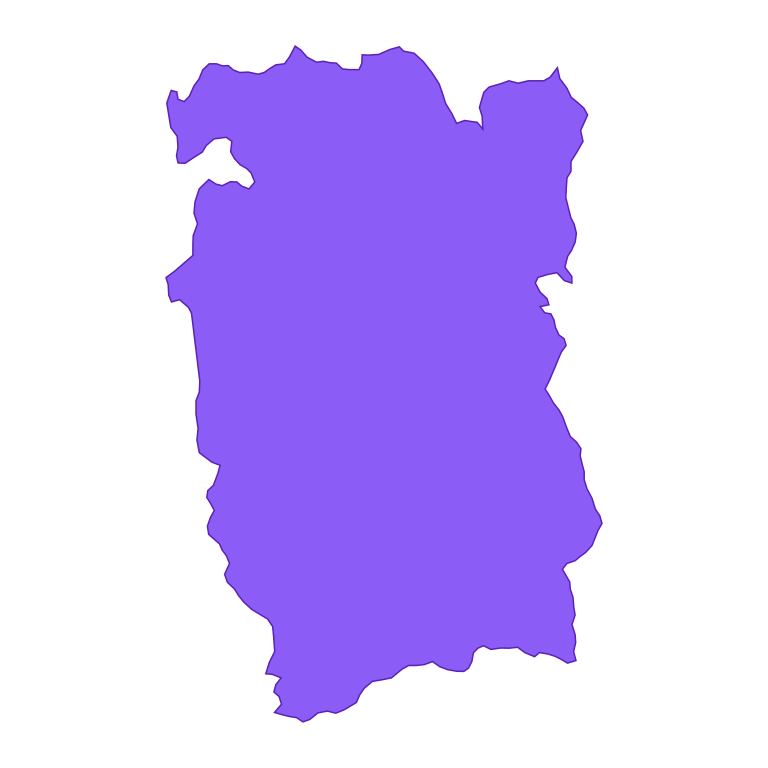 Porto Feliz, São Paulo, Brazil (Natural Earth projection)
{"feature_id": "56859067B51495796680822", "entity_name": "Porto Feliz", "entity_type": "district", "adm_level": 2, "iso_a3": "BRA", "parent_name": "Brazil", "parent_adm1": "São Paulo", "projection": "natural_earth1", "projection_center": [-47.516, -23.238], "detail": "fine", "context": "isolated", "style": "filled", "palette": "violet", "viewbox_px": 768, "rotation_deg": 0, "n_neighbors": 0, "source": "geoboundaries", "source_scale": "gbopen_adm2", "svg_char_len": 3304}
<svg xmlns="http://www.w3.org/2000/svg" viewBox="0 0 768 768"><path d="M265.8,673.8L272.2,674.3L281.1,677.9L275.8,684.7L273.9,692.0L279.1,696.6L281.5,704.2L274.5,712.5L282.1,714.7L289.9,716.6L296.6,717.6L303.0,721.9L309.9,719.4L317.9,712.9L327.4,711.1L335.8,713.2L343.7,710.0L349.7,706.5L356.4,702.5L359.7,694.9L364.2,688.3L372.4,681.4L382.4,679.7L391.5,677.9L402.0,669.2L408.6,665.5L416.2,665.5L424.3,664.6L432.5,661.6L439.8,666.7L447.5,669.6L456.9,671.3L463.9,671.4L468.5,668.1L471.8,661.7L473.5,652.6L477.9,648.2L483.5,645.7L490.8,649.4L500.8,648.0L508.8,648.2L517.7,647.3L524.8,652.6L534.6,656.7L539.4,652.6L547.9,654.0L555.1,656.3L560.9,659.2L567.5,663.1L576.0,660.6L573.6,651.6L575.7,642.6L575.1,634.6L572.0,624.5L575.1,615.1L573.8,607.2L573.0,597.3L570.3,589.2L569.7,581.9L562.4,569.2L566.9,563.5L575.1,560.7L579.9,556.6L585.7,552.4L592.0,545.5L598.1,530.3L602.0,523.5L599.8,515.8L595.4,509.1L592.0,498.2L587.1,489.1L584.2,479.8L584.2,471.8L582.1,463.9L580.2,455.9L580.9,448.7L576.7,442.3L570.3,436.5L566.7,427.8L562.8,417.0L559.1,410.2L553.4,402.9L548.5,394.2L545.1,389.1L549.7,379.8L552.8,372.3L555.5,366.1L558.2,359.3L561.3,352.1L566.1,345.5L564.0,338.6L559.0,335.1L555.5,327.5L554.0,320.0L550.9,313.9L544.7,312.8L540.1,306.6L548.9,304.8L547.0,298.6L540.1,292.1L535.3,283.1L538.0,277.4L547.6,274.5L557.0,272.7L564.3,280.6L571.9,283.1L571.8,276.4L564.9,267.2L567.6,256.4L571.5,250.4L575.2,242.1L576.4,233.3L574.2,224.3L570.9,217.9L568.2,207.3L565.8,197.6L566.4,186.4L567.0,177.8L571.0,171.3L571.0,161.5L577.3,151.4L583.0,141.3L580.6,130.6L587.6,115.0L583.9,108.2L577.3,102.3L571.2,97.3L567.0,88.3L559.8,78.6L557.4,67.7L550.1,77.2L543.8,80.8L538.0,80.8L528.3,80.8L518.1,83.2L508.9,80.8L501.1,83.6L489.0,87.1L483.8,92.3L479.4,107.5L482.1,116.1L482.8,129.0L477.2,122.3L464.6,120.5L456.6,123.3L451.8,113.6L445.6,103.4L442.7,94.0L439.2,84.0L435.5,78.1L431.5,72.1L423.2,61.5L414.1,53.2L403.5,51.1L399.3,46.8L389.6,49.6L378.8,54.4L368.4,55.1L362.2,54.8L361.8,63.4L359.1,69.6L349.1,69.6L342.4,68.9L336.4,63.1L330.1,62.7L323.4,61.3L316.5,62.2L307.1,57.2L300.8,50.0L295.1,46.1L289.5,56.9L284.5,63.8L276.0,64.8L270.0,68.4L264.4,72.4L258.2,74.2L248.2,72.1L239.7,72.5L233.3,70.0L228.2,65.6L222.5,65.9L216.5,63.8L209.2,63.8L202.8,69.8L199.0,79.0L194.1,85.7L189.3,96.3L184.1,101.6L178.0,99.2L176.8,91.9L171.2,90.4L166.8,103.0L170.8,127.6L177.2,136.3L178.0,147.4L176.5,155.7L178.0,162.9L185.1,163.3L193.6,157.6L202.3,152.1L206.2,145.6L214.0,138.9L226.2,137.3L231.8,141.3L230.7,151.8L234.5,158.7L240.1,164.7L246.9,168.7L251.1,173.0L254.8,182.0L249.0,188.9L241.6,186.1L237.0,182.0L230.4,181.7L222.2,185.7L215.6,184.0L208.9,179.5L199.2,188.9L195.0,202.0L194.0,213.1L197.5,223.9L193.2,235.6L192.9,244.6L192.9,255.4L183.8,263.3L174.5,271.3L166.0,277.6L168.2,284.7L168.7,295.1L171.5,302.0L179.6,299.7L188.4,307.3L191.5,313.1L199.8,381.2L199.3,392.1L196.0,400.8L196.0,414.1L198.1,428.5L196.9,440.0L199.3,452.7L205.0,457.0L211.7,462.1L220.1,465.3L217.8,473.6L213.5,485.2L207.8,490.6L206.8,497.5L210.5,503.3L214.3,510.5L210.5,517.3L207.4,526.1L208.7,534.4L219.5,543.9L222.2,550.1L226.5,555.9L229.5,563.5L224.6,574.3L227.4,582.3L234.6,589.1L238.3,595.2L243.4,601.7L251.6,609.3L257.9,613.2L267.6,619.0L272.7,626.6L273.7,637.6L274.7,651.6L269.3,662.4L265.8,673.8Z" fill="#8b5cf6" stroke="#5b21b6" stroke-width="1.5"/></svg>